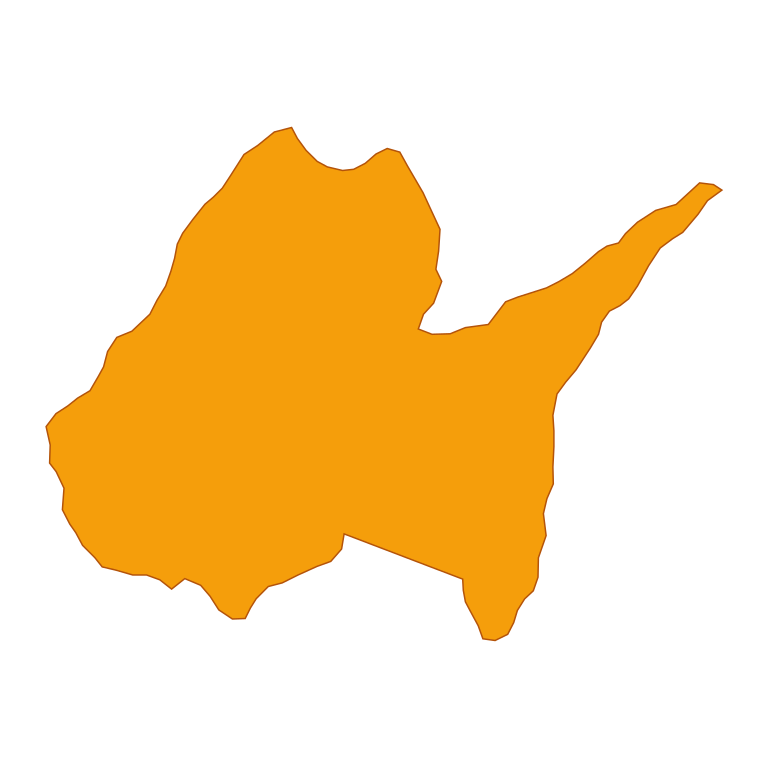 outline of Cruzália, São Paulo, Brazil
{"feature_id": "56859067B72115039029830", "entity_name": "Cruzália", "entity_type": "district", "adm_level": 2, "iso_a3": "BRA", "parent_name": "Brazil", "parent_adm1": "São Paulo", "projection": "robinson", "projection_center": [-50.755, -22.735], "detail": "fine", "context": "isolated", "style": "filled", "palette": "amber", "viewbox_px": 768, "rotation_deg": 0, "n_neighbors": 0, "source": "geoboundaries", "source_scale": "gbopen_adm2", "svg_char_len": 1749}
<svg xmlns="http://www.w3.org/2000/svg" viewBox="0 0 768 768"><path d="M721.9,190.1L713.5,184.6L699.6,182.9L676.1,204.5L655.7,210.4L637.5,222.2L625.5,233.6L618.5,243.0L607.0,246.1L598.5,251.6L585.1,263.3L572.3,273.6L558.7,281.7L546.5,287.9L518.0,297.0L505.6,301.8L494.7,316.1L488.3,324.5L465.4,327.6L450.1,333.8L432.0,334.3L418.3,329.0L423.5,314.2L433.6,303.2L441.7,281.4L435.9,269.3L438.6,251.1L440.0,229.3L430.9,209.7L423.1,192.8L407.6,166.2L399.8,152.1L387.2,148.5L376.0,154.0L365.3,163.3L353.7,169.3L342.6,170.5L327.3,166.9L317.2,161.4L306.1,150.4L297.4,138.5L291.6,127.5L274.3,132.0L257.8,145.4L244.0,154.5L230.3,176.0L222.3,188.2L213.4,197.1L205.0,204.2L192.8,219.5L182.7,233.2L177.3,244.1L174.6,258.3L170.9,271.2L165.7,286.0L157.1,300.1L149.9,314.2L131.9,331.2L116.8,337.4L107.6,351.5L103.6,366.8L98.5,376.1L90.0,390.7L77.6,398.1L67.7,406.0L56.0,413.6L46.1,426.6L50.2,445.0L49.6,463.1L56.2,471.7L64.0,488.2L62.4,509.7L69.8,524.1L75.8,532.7L82.6,545.4L94.8,557.6L102.2,566.9L115.4,570.0L132.8,575.0L146.6,575.0L159.8,579.8L171.6,589.1L184.8,578.6L200.7,585.3L210.1,596.3L218.8,609.9L232.4,619.0L245.2,618.5L250.4,608.0L256.2,598.7L268.3,586.5L282.2,582.9L298.0,575.0L317.0,566.4L330.8,561.4L341.6,549.0L344.1,533.9L462.7,579.1L463.3,590.3L465.4,601.8L470.3,611.1L478.2,625.7L482.9,638.8L495.1,640.5L507.7,634.3L513.7,622.6L517.4,610.4L524.6,598.9L533.3,590.8L538.0,577.2L538.4,557.8L546.1,535.6L543.4,513.6L546.9,498.7L553.3,483.9L552.9,467.0L553.9,446.6L553.9,430.9L552.9,415.3L557.0,394.0L565.7,382.1L576.0,369.9L590.4,347.9L598.5,334.3L601.6,322.1L609.4,311.1L620.0,305.6L628.6,298.9L637.5,286.0L648.6,265.7L660.2,248.0L672.6,238.7L682.7,232.4L698.0,214.3L707.5,200.6L721.9,190.1Z" fill="#f59e0b" stroke="#b45309" stroke-width="1.5"/></svg>